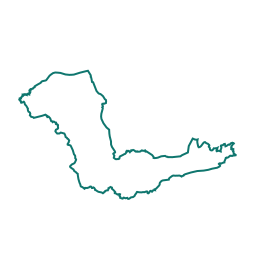 outline of Sam Ngam, Phichit, Thailand, rotated 78°
{"feature_id": "78962969B83024489424242", "entity_name": "Sam Ngam", "entity_type": "district", "adm_level": 2, "iso_a3": "THA", "parent_name": "Thailand", "parent_adm1": "Phichit", "projection": "natural_earth1", "projection_center": [100.162, 16.481], "detail": "fine", "context": "isolated", "style": "outline", "palette": "teal", "viewbox_px": 256, "rotation_deg": 78, "n_neighbors": 0, "source": "geoboundaries", "source_scale": "gbopen_adm2", "svg_char_len": 5900}
<svg xmlns="http://www.w3.org/2000/svg" viewBox="0 0 256 256"><g transform="rotate(78 128 128)"><path d="M177.1,27.6L176.6,28.5L176.3,28.6L174.9,29.9L173.4,29.8L173.1,30.0L173.0,29.8L172.6,30.0L172.1,29.7L170.6,29.4L170.7,30.9L170.0,31.5L169.6,31.3L169.1,30.7L168.3,31.1L167.6,30.7L165.6,28.7L165.2,27.7L164.7,27.9L164.6,28.4L164.1,29.0L164.3,30.4L164.5,30.9L165.5,32.0L165.1,33.2L166.0,35.3L166.2,36.5L163.7,36.6L163.7,37.6L164.6,38.9L164.4,40.1L164.5,40.7L165.2,41.0L166.3,40.7L166.9,40.8L169.0,42.1L169.8,42.1L169.8,42.4L170.1,42.4L169.1,43.9L169.2,46.0L168.7,46.2L166.0,44.6L166.3,45.8L166.0,46.2L166.1,47.0L165.7,48.3L166.9,49.5L167.3,50.1L167.3,51.0L166.8,51.9L165.8,52.3L164.6,52.1L163.1,52.9L162.7,52.8L162.2,52.1L161.5,52.1L160.0,53.2L159.1,54.6L157.8,55.6L157.8,56.4L158.4,57.5L160.7,60.1L161.2,60.9L161.6,62.0L161.5,62.9L160.4,63.2L156.8,63.2L155.4,63.0L153.7,62.3L153.8,63.3L153.6,63.8L152.9,65.5L152.7,65.6L151.8,66.9L158.3,72.3L164.4,74.5L165.8,80.8L166.6,82.6L165.7,91.1L165.5,91.6L164.8,95.0L164.4,95.2L164.1,96.3L163.0,97.5L162.6,101.4L163.2,104.9L163.2,106.3L163.0,108.2L162.6,109.2L161.6,109.0L159.5,110.0L154.8,114.7L154.8,115.1L154.9,115.4L154.7,115.9L154.5,116.0L154.1,115.8L153.9,116.2L153.5,116.1L153.5,116.9L153.6,117.3L153.4,118.2L153.0,118.6L153.0,119.1L152.8,119.4L153.5,120.7L153.5,121.8L153.2,123.5L152.7,123.9L152.9,125.0L152.5,125.2L152.2,125.9L151.7,126.1L151.1,126.7L150.5,127.6L150.7,128.3L150.5,129.0L150.5,129.5L151.2,129.6L151.6,130.8L152.0,131.2L150.6,131.9L150.4,132.5L150.8,133.3L150.1,133.8L150.5,134.5L151.8,135.0L152.7,136.1L152.9,137.4L153.3,138.5L154.1,141.7L154.8,142.3L156.1,142.8L156.3,143.2L156.4,143.7L156.2,144.0L156.2,145.1L156.0,146.3L155.5,147.0L154.2,148.1L153.8,148.0L152.3,147.1L150.2,147.8L149.8,147.4L149.2,145.7L148.9,145.6L148.1,145.7L143.2,147.6L140.7,148.0L137.5,147.4L132.5,147.6L129.6,147.4L125.7,146.8L123.0,148.9L118.3,151.0L113.6,152.1L112.4,152.0L111.1,151.9L108.5,151.1L103.6,148.6L103.0,148.5L102.4,148.9L101.5,148.0L99.7,148.4L99.0,148.0L99.1,146.4L99.3,146.3L99.0,144.4L97.1,143.8L95.9,143.8L95.1,144.6L91.7,145.8L89.7,147.3L89.0,148.0L88.3,149.3L87.5,149.9L85.2,151.1L76.0,152.6L75.5,153.6L72.3,153.5L70.2,153.6L70.1,153.8L68.7,153.5L63.7,155.3L63.7,157.3L63.9,163.3L64.5,169.8L64.2,172.2L63.8,174.4L62.6,178.1L60.1,182.6L59.3,185.1L58.6,187.6L58.7,189.8L59.5,191.8L60.5,193.8L64.2,198.0L64.4,198.7L64.4,201.9L64.5,202.4L65.0,203.3L65.7,204.1L66.8,207.7L67.8,210.5L68.7,210.8L68.8,211.8L69.6,212.5L69.5,213.1L69.8,213.4L69.8,214.2L70.0,214.6L69.8,214.8L69.7,215.2L70.1,215.4L70.2,215.6L70.4,215.5L70.4,215.9L70.7,216.0L70.6,216.4L70.7,216.6L71.7,216.5L72.6,217.0L72.7,216.7L73.1,216.8L73.1,216.4L73.4,216.6L73.5,217.1L73.8,217.2L73.6,217.6L73.8,218.3L74.3,218.2L74.1,218.5L74.3,218.7L74.3,219.0L74.0,219.1L74.2,219.4L74.1,219.9L74.4,220.0L74.0,220.0L74.1,220.4L73.8,221.2L74.3,221.0L74.1,221.4L73.9,221.4L74.0,221.7L73.8,221.8L73.6,222.8L73.8,223.1L73.5,223.3L73.4,223.9L73.8,223.8L73.7,224.1L74.6,224.1L74.6,224.5L75.1,224.6L75.2,224.8L75.0,225.1L76.2,226.5L76.4,227.4L76.6,227.3L76.7,226.8L76.7,226.5L76.9,226.5L76.9,227.3L77.3,227.7L77.1,228.0L77.4,228.4L78.0,228.3L78.1,228.0L78.4,227.8L79.4,227.6L79.7,227.1L80.2,227.2L80.5,227.1L80.7,227.3L81.1,227.2L81.1,226.2L80.6,224.5L80.9,224.3L81.6,224.0L83.6,223.9L84.9,223.0L88.2,221.9L88.4,222.1L89.9,222.2L91.2,222.0L92.4,220.8L93.6,220.6L95.1,221.3L95.4,220.9L96.0,220.9L96.8,220.5L98.2,217.8L98.5,217.8L98.2,209.4L97.8,206.0L98.9,204.9L99.0,205.2L100.6,204.6L100.5,203.2L102.4,202.1L105.3,201.7L105.5,201.0L106.6,200.5L106.2,199.6L106.5,198.9L107.4,198.2L107.8,197.2L108.4,197.2L109.2,197.6L109.7,197.0L109.8,196.3L110.4,195.9L110.9,195.9L112.4,196.4L112.9,196.3L113.6,196.4L114.2,197.0L114.7,198.9L116.0,199.7L116.8,199.5L118.7,198.4L119.1,196.2L118.5,194.7L120.2,191.4L122.2,190.9L123.8,190.9L124.9,189.8L125.7,189.6L126.4,188.8L128.0,188.1L129.1,188.8L129.8,189.0L130.8,190.2L131.7,190.5L132.0,190.2L132.4,189.2L133.1,187.9L133.9,187.6L138.3,186.6L142.5,186.3L143.8,185.6L144.5,185.5L146.7,185.9L147.9,185.3L148.5,185.5L150.9,187.3L151.5,188.4L151.9,190.3L153.1,192.3L153.7,192.7L153.9,192.7L154.7,192.3L157.3,189.9L159.0,189.5L160.0,188.4L161.6,187.4L162.3,186.7L163.7,186.9L167.6,187.1L171.5,186.8L173.2,186.4L174.9,186.4L175.4,186.2L176.5,184.7L178.4,183.2L178.2,182.8L177.7,183.0L177.6,182.6L178.2,180.4L178.0,178.6L177.4,177.1L177.7,176.3L179.2,175.8L179.3,175.2L178.9,174.6L178.9,174.2L179.6,173.5L180.6,173.1L181.9,173.0L182.1,172.4L183.7,170.9L184.4,169.9L185.6,167.1L186.6,166.1L186.1,165.0L185.6,164.5L185.4,163.7L184.8,163.3L184.6,161.5L184.8,160.7L184.2,160.1L182.8,159.6L182.8,159.0L182.4,158.5L182.1,157.2L182.6,156.9L183.0,156.1L184.2,156.3L185.4,155.3L187.8,153.9L188.4,154.4L189.0,154.5L189.6,153.3L190.9,152.1L190.8,150.3L191.2,149.5L191.5,149.6L192.0,150.3L192.5,150.6L193.6,149.9L194.6,150.2L195.9,148.2L195.9,147.7L195.3,147.1L195.2,146.6L196.2,145.1L196.2,143.2L197.1,142.9L197.4,142.4L197.4,141.5L196.5,139.5L196.6,137.4L195.9,135.8L194.5,134.7L193.7,133.6L192.5,132.7L192.4,132.4L193.2,130.4L193.8,128.1L193.8,126.7L194.2,125.2L193.9,123.4L194.0,122.6L194.5,122.3L195.6,122.4L196.1,121.9L195.7,120.8L194.4,119.7L194.2,119.1L194.2,118.7L195.2,118.0L195.3,117.6L194.2,116.5L194.2,115.1L194.4,114.6L193.5,114.7L193.3,113.3L190.7,109.5L189.9,108.8L188.7,108.5L188.1,108.1L186.8,106.3L186.5,104.9L187.0,98.8L185.9,98.3L185.4,97.6L184.2,95.0L183.9,93.7L184.5,91.7L185.3,87.3L186.5,85.8L186.3,85.7L186.2,85.3L186.2,83.9L186.0,83.3L185.5,83.1L185.1,81.6L184.6,75.7L184.5,69.2L185.4,62.8L185.5,60.2L185.6,58.1L185.3,54.2L185.4,49.0L184.7,46.5L184.2,45.8L183.2,45.9L182.0,46.6L181.8,46.4L181.6,45.4L182.2,44.1L181.8,43.0L181.7,40.9L181.2,40.9L178.3,38.9L177.6,38.6L177.4,37.7L177.7,37.4L177.6,36.3L177.2,35.4L176.4,34.0L176.4,33.4L176.8,32.9L176.7,31.6L177.0,31.4L176.6,29.7L177.0,29.5L177.1,27.6Z" fill="none" stroke="#0f766e" stroke-width="2"/></g></svg>